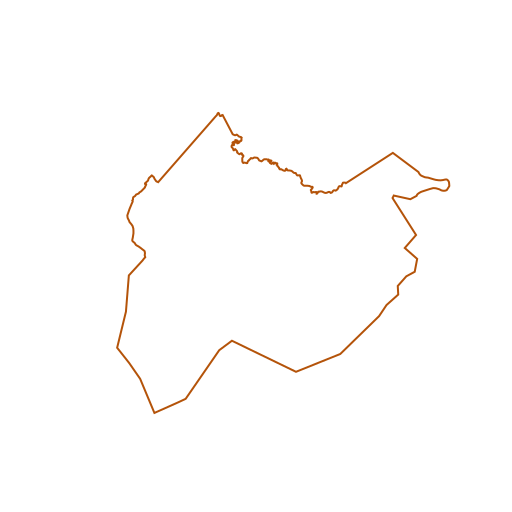 Choloma, Cortés, Honduras, rotated 312°
{"feature_id": "27666195B9794587356195", "entity_name": "Choloma", "entity_type": "district", "adm_level": 2, "iso_a3": "HND", "parent_name": "Honduras", "parent_adm1": "Cortés", "projection": "orthographic", "projection_center": [-87.878, 15.648], "detail": "fine", "context": "isolated", "style": "outline", "palette": "amber", "viewbox_px": 512, "rotation_deg": 312, "n_neighbors": 0, "source": "geoboundaries", "source_scale": "gbopen_adm2", "svg_char_len": 6005}
<svg xmlns="http://www.w3.org/2000/svg" viewBox="0 0 512 512"><g transform="rotate(312 256 256)"><path d="M350.5,384.5L361.7,377.7L361.5,361.2L378.7,360.9L390.4,318.8L390.8,318.5L392.1,318.3L393.1,317.9L401.5,332.7L408.1,335.1L409.3,334.7L410.3,334.7L411.8,335.0L413.7,335.6L415.1,336.3L422.0,340.3L423.4,341.2L424.8,342.1L425.4,342.7L426.1,343.6L426.7,344.4L427.2,345.4L428.2,347.5L428.5,348.5L428.8,349.8L429.4,350.9L429.8,351.5L430.3,352.1L431.2,352.9L431.9,353.3L432.5,353.6L433.1,353.6L436.1,353.1L437.4,352.8L439.4,350.7L440.1,349.8L440.3,349.4L440.5,348.7L440.6,348.0L440.6,347.3L440.5,346.7L440.3,346.3L439.5,345.5L437.4,344.0L435.7,342.5L434.4,340.9L432.9,338.7L432.0,337.0L429.4,331.5L428.4,330.1L427.5,328.7L427.0,327.2L426.4,325.4L426.2,324.4L426.3,323.0L426.6,321.8L427.1,320.5L424.2,288.7L370.3,274.1L370.4,273.6L370.1,273.1L369.3,272.1L368.9,271.8L368.6,271.6L368.3,271.7L367.7,271.9L366.5,272.2L365.4,272.9L365.0,273.0L364.8,272.9L364.2,271.8L364.0,271.5L363.7,271.3L363.2,271.1L362.9,271.1L361.7,271.6L361.1,271.6L360.4,271.9L359.8,271.9L357.9,271.5L357.8,271.3L357.7,270.9L357.3,270.4L357.0,270.0L356.5,269.8L355.7,269.7L354.7,269.9L354.2,269.9L353.7,269.8L352.8,269.2L352.9,267.9L352.4,267.5L352.1,267.0L350.6,266.4L349.7,265.8L349.2,265.2L348.8,264.4L348.1,262.0L347.8,261.5L347.4,260.9L346.7,260.3L346.0,259.9L345.6,259.4L343.5,259.6L343.1,259.5L342.9,259.5L342.8,259.3L342.9,259.2L343.6,258.8L344.0,258.6L344.1,258.4L344.0,258.2L343.4,257.5L342.2,256.5L341.9,255.8L340.5,255.3L340.3,255.1L340.3,254.8L340.4,254.6L341.0,254.0L341.6,252.8L341.7,252.6L342.2,252.5L343.1,252.6L344.1,252.5L344.8,252.3L345.0,252.1L345.1,251.9L345.1,251.7L345.0,251.4L344.5,251.0L344.3,250.7L344.0,249.9L343.9,249.1L343.8,248.9L342.4,246.9L340.4,244.7L340.2,243.9L340.2,242.6L340.3,241.5L340.4,241.2L340.6,240.8L341.1,240.5L341.9,240.3L342.4,240.1L342.6,239.9L342.8,239.7L343.4,238.6L343.8,237.4L344.8,235.5L345.2,235.0L345.3,234.7L345.1,234.3L343.6,232.9L343.5,232.7L343.6,231.8L344.2,230.0L343.5,229.1L343.2,228.6L343.1,227.8L343.1,226.1L343.0,225.4L342.6,224.7L342.0,223.7L341.3,222.9L340.8,222.2L340.8,221.9L341.2,220.6L341.2,220.2L340.6,220.0L339.4,220.7L339.0,220.6L338.6,220.4L338.2,219.8L337.9,219.1L337.6,218.1L337.5,217.2L337.4,216.8L337.0,216.2L336.5,216.0L336.4,215.7L336.4,215.3L336.5,214.8L336.6,214.5L337.0,214.2L337.2,211.8L337.3,211.5L337.6,211.4L337.7,211.0L337.6,210.5L337.6,210.2L338.0,210.0L338.8,210.1L339.0,209.8L338.3,208.5L338.2,208.3L338.2,207.9L338.0,207.6L337.8,207.5L336.7,207.6L336.4,207.6L336.4,207.2L336.8,206.8L337.1,206.4L337.0,206.2L336.8,206.1L335.3,206.0L334.9,205.9L334.8,205.7L334.7,205.4L334.5,204.2L334.6,203.9L334.9,203.7L336.1,203.9L336.8,203.8L337.1,203.6L337.0,203.3L336.8,202.8L336.5,202.6L335.1,202.2L334.7,202.0L334.7,201.8L334.8,201.6L335.9,201.1L336.1,201.0L336.1,200.8L335.8,200.4L335.3,200.0L334.8,198.9L334.5,198.6L333.9,198.0L333.5,197.5L332.9,197.2L330.6,196.9L330.0,196.7L329.9,196.6L329.8,196.1L329.5,195.3L329.2,194.7L329.2,194.3L329.8,192.4L329.8,191.8L329.8,191.3L329.6,191.0L329.3,190.5L328.2,189.0L327.8,188.7L327.1,188.5L326.2,188.1L325.8,187.6L325.7,187.5L325.7,187.2L325.2,186.7L324.0,186.8L322.8,186.6L322.3,186.8L321.6,186.6L321.0,186.6L319.4,187.2L319.2,187.3L318.7,186.9L318.3,186.0L317.6,184.8L317.3,184.6L316.7,184.4L316.6,184.2L316.7,183.4L317.1,182.6L319.2,180.6L319.6,180.3L320.4,180.0L321.3,180.0L321.6,179.9L322.0,179.6L322.2,179.2L322.2,178.6L321.9,178.2L322.1,177.6L322.5,177.4L322.6,177.2L322.7,176.9L322.6,176.5L322.3,176.1L321.3,175.9L320.6,175.6L320.5,175.4L320.4,174.7L320.3,172.8L320.4,172.6L320.9,172.3L321.2,171.7L321.5,169.1L321.4,169.0L321.2,168.9L319.8,168.9L319.7,168.8L319.6,168.6L319.8,168.0L320.4,167.1L320.6,166.3L320.6,165.2L320.8,164.9L321.1,164.5L321.4,164.3L321.8,164.1L322.2,164.0L322.6,164.0L322.8,164.1L322.9,164.6L323.2,165.1L323.5,165.3L323.9,165.3L324.0,165.2L324.1,163.4L324.2,163.0L324.3,162.8L324.5,162.7L325.0,162.7L325.6,162.8L325.9,163.0L325.9,163.3L325.7,164.2L325.9,164.5L326.1,164.6L326.7,164.6L327.2,164.3L327.7,163.9L327.9,163.3L328.1,163.1L328.3,163.1L328.6,163.4L328.9,163.9L329.2,164.6L329.3,165.5L329.2,165.8L328.7,165.9L328.3,165.8L328.0,165.8L327.7,165.9L327.4,166.2L327.2,166.6L327.3,166.8L327.5,167.0L328.1,167.3L329.2,167.6L331.0,167.3L331.4,167.5L331.6,167.9L331.9,167.9L332.2,167.8L332.7,167.4L333.8,166.3L334.3,166.2L334.4,165.6L334.2,165.0L333.6,163.9L333.4,163.4L333.4,161.1L333.3,160.5L333.1,160.3L332.7,160.2L332.2,160.0L331.7,159.6L331.3,158.7L330.9,157.2L338.7,136.1L338.4,136.4L337.7,136.4L336.9,136.4L336.5,136.2L336.2,135.9L336.0,135.4L336.1,135.0L336.9,133.6L337.2,132.7L337.2,132.4L336.9,132.2L336.4,132.1L335.7,132.3L335.1,132.5L334.1,132.7L333.1,132.6L245.4,133.9L245.2,133.1L244.9,132.5L244.8,131.8L245.0,130.9L245.3,129.7L245.5,128.8L245.7,128.3L246.1,127.7L246.2,127.3L246.2,124.9L246.1,124.6L245.4,124.5L244.7,124.6L243.6,124.4L242.5,124.3L241.2,124.6L240.6,124.9L240.0,125.2L239.6,125.3L235.8,124.9L235.5,125.1L235.3,125.3L235.4,125.6L235.6,125.9L235.8,126.3L235.7,126.4L235.6,126.6L235.3,126.7L233.0,127.3L232.8,127.5L232.3,127.6L227.2,127.4L225.1,126.8L224.3,127.0L224.0,127.0L221.4,125.8L219.8,126.0L218.8,125.8L218.0,125.5L217.7,125.5L217.4,125.5L216.5,126.0L215.5,126.9L215.0,126.9L214.5,126.9L214.1,127.8L213.2,128.2L211.5,128.7L210.2,129.2L207.3,130.2L206.2,130.6L200.1,133.2L199.7,133.6L198.6,134.9L198.2,135.6L197.4,137.8L196.6,139.3L196.2,142.2L195.7,144.2L195.1,145.2L194.2,146.6L192.7,148.1L190.8,149.8L187.1,152.2L185.3,153.2L184.8,153.6L184.6,154.0L184.4,154.5L184.5,156.9L184.4,157.6L184.0,158.7L183.9,159.5L184.1,160.7L184.5,162.3L184.8,165.0L184.9,166.9L185.1,169.0L185.1,169.8L185.0,170.1L184.7,170.5L183.8,171.6L182.1,172.8L181.0,174.5L180.8,174.5L178.8,174.5L176.8,174.7L156.5,174.5L127.6,196.6L94.9,214.2L91.6,233.4L87.2,252.1L71.4,285.5L95.2,296.1L102.8,299.3L161.4,291.7L176.9,294.8L196.7,363.2L239.6,384.2L293.7,387.7L306.9,385.8L322.5,387.5L328.6,381.4L341.5,381.3L350.5,384.5Z" fill="none" stroke="#b45309" stroke-width="2"/></g></svg>